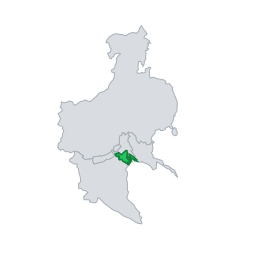 Bangladesh shown with its bordering countries, rotated 315°
{"feature_id": "BGD", "entity_name": "Bangladesh", "entity_type": "country or territory", "adm_level": 0, "iso_a3": "BGD", "parent_name": "Asia", "parent_adm1": "", "projection": "equal_earth", "projection_center": [90.497, 23.681], "detail": "fine", "context": "with_neighbors", "style": "filled", "palette": "green", "viewbox_px": 256, "rotation_deg": 315, "n_neighbors": 5, "source": "natural_earth", "source_scale": "50m", "svg_char_len": 9166}
<svg xmlns="http://www.w3.org/2000/svg" viewBox="0 0 256 256"><g transform="rotate(315 128 128)"><path d="M132.0,159.4L129.0,161.8L127.0,162.0L125.9,165.9L124.7,166.6L129.0,174.9L128.1,178.1L127.1,178.8L129.7,183.6L130.0,187.4L131.1,190.8L128.3,198.1L128.0,195.3L128.9,192.5L127.9,190.3L128.1,186.2L126.9,184.3L125.4,175.2L124.2,172.2L119.3,176.6L116.1,175.4L117.0,170.9L116.4,167.4L114.3,163.2L114.6,161.9L113.0,161.4L111.0,158.5L110.9,155.6L111.8,156.1L111.8,153.5L113.2,152.7L112.9,151.1L113.5,149.9L113.6,146.2L115.7,147.0L116.8,144.0L116.9,142.3L118.4,139.3L118.3,137.3L121.6,134.8L123.5,135.5L123.3,133.3L124.2,132.6L124.0,131.3L125.5,131.0L126.4,133.1L127.6,134.0L127.7,139.6L125.3,142.6L125.0,146.8L127.8,146.2L128.5,149.5L130.3,150.2L129.5,153.2L132.8,155.3L134.7,154.2L134.8,155.7L132.6,158.1L132.0,159.4Z" fill="#d9dde1" stroke="#a8b0b8" stroke-width="1"/><path d="M124.0,131.3L124.2,132.6L123.3,133.3L123.5,135.5L121.6,134.8L118.3,137.3L118.4,139.3L116.9,142.3L116.8,144.0L115.7,147.0L113.6,146.2L113.5,149.9L112.9,151.1L113.2,152.7L111.8,153.5L110.4,147.8L109.7,147.8L109.2,150.1L107.8,148.2L108.6,146.2L109.8,146.0L111.0,143.0L109.5,142.3L104.4,141.9L104.2,139.4L102.9,139.3L100.9,137.7L99.9,140.1L101.8,142.0L100.1,143.4L99.5,144.7L101.2,145.6L100.7,147.8L101.6,150.5L102.0,153.5L101.6,154.8L96.5,155.5L96.6,158.2L95.1,160.4L91.2,162.8L88.1,167.1L83.3,171.8L83.2,173.5L79.4,175.8L78.1,175.9L77.2,178.8L77.8,186.7L76.6,190.2L76.5,196.5L75.1,196.7L73.8,199.5L74.6,200.8L72.0,201.8L71.1,204.4L70.0,205.5L67.4,202.0L65.2,193.0L62.8,187.6L61.8,180.7L59.5,175.6L57.9,163.8L58.1,159.4L57.7,156.0L53.7,158.2L51.8,157.7L48.5,153.3L49.9,152.0L49.1,150.6L46.2,147.6L48.1,145.2L54.0,145.2L53.6,142.1L52.2,140.3L52.1,137.6L50.4,136.0L53.6,132.3L56.6,132.5L59.6,128.9L61.4,125.3L64.2,121.8L64.3,119.4L66.6,117.4L64.6,115.7L63.1,110.4L64.5,108.9L68.3,109.7L71.2,109.2L73.8,106.4L76.3,110.4L76.0,113.1L76.9,114.9L76.7,116.6L74.9,116.2L75.5,120.0L81.5,124.6L79.8,126.2L78.6,129.4L87.0,134.5L90.6,134.9L92.1,136.7L97.3,137.9L99.5,137.8L99.7,132.7L101.3,131.9L101.6,135.4L104.0,136.8L105.7,136.2L110.1,136.3L110.2,134.2L109.1,133.0L111.3,132.6L113.6,130.0L116.6,127.7L118.9,128.6L120.7,127.1L122.0,129.3L121.1,130.8L124.0,131.3Z" fill="#d9dde1" stroke="#a8b0b8" stroke-width="1"/><path d="M108.0,132.1L110.2,134.2L110.1,136.3L105.7,136.2L104.0,136.8L101.6,135.4L101.5,134.7L103.3,132.1L104.7,131.2L108.0,132.1Z" fill="#d9dde1" stroke="#a8b0b8" stroke-width="1"/><path d="M99.7,132.7L99.5,137.8L97.3,137.9L92.1,136.7L90.6,134.9L87.0,134.5L78.6,129.4L79.8,126.2L82.6,123.8L84.6,124.8L87.2,127.1L88.7,127.6L89.5,129.3L91.6,130.0L93.7,131.5L99.7,132.7Z" fill="#d9dde1" stroke="#a8b0b8" stroke-width="1"/><path d="M157.7,167.5L155.4,166.4L155.3,163.2L156.5,161.6L159.4,160.5L161.0,160.6L161.7,162.0L160.6,163.6L160.0,165.7L157.7,167.5ZM81.0,83.9L80.9,82.1L82.6,81.3L80.8,75.8L86.8,73.9L88.8,68.4L93.4,69.4L94.8,68.0L94.9,65.0L96.9,64.8L98.7,62.8L99.6,62.5L100.2,64.6L102.1,66.2L105.5,67.3L107.1,69.8L106.2,73.3L107.1,74.7L113.1,75.6L116.1,77.6L117.6,77.9L118.7,80.8L120.2,82.7L127.9,83.3L131.2,82.9L133.6,83.4L137.3,85.3L140.3,85.3L141.4,86.3L144.2,84.6L148.0,83.5L151.6,83.4L154.4,82.2L157.5,79.5L156.1,77.3L157.1,75.3L161.0,76.2L163.2,74.5L166.7,73.3L168.1,71.3L169.7,70.4L173.0,70.0L174.9,70.4L175.0,69.3L172.5,67.2L170.5,66.2L168.9,67.3L166.5,66.8L165.2,67.2L164.4,66.0L166.4,60.8L169.3,61.9L172.2,60.0L172.0,58.8L173.5,55.7L174.5,54.8L174.2,53.2L172.8,52.5L174.4,51.1L177.0,50.6L180.0,50.5L183.5,51.4L185.8,52.4L190.2,58.3L191.8,61.2L196.0,62.1L199.3,64.2L200.9,67.0L204.5,67.0L206.2,65.8L209.8,65.0L209.3,67.7L208.7,68.8L208.7,72.1L207.9,75.1L204.8,74.6L203.0,75.7L204.3,78.3L204.7,82.1L203.5,82.1L203.8,83.8L201.9,81.9L201.3,83.7L197.8,85.0L198.5,86.7L196.3,86.6L195.0,85.6L193.7,87.9L191.3,89.6L189.6,91.7L186.3,92.7L184.7,94.2L182.2,95.1L183.3,93.6L182.6,92.3L184.2,90.1L182.6,88.4L178.2,91.8L176.9,93.9L174.5,94.1L173.4,95.6L175.0,97.8L177.2,98.4L177.4,99.9L179.5,100.8L182.0,98.5L184.4,99.7L186.1,99.8L186.7,101.6L183.3,102.5L182.3,104.3L180.1,106.0L179.1,108.4L182.0,110.2L183.4,113.6L187.4,119.4L187.7,121.9L186.1,122.9L186.9,124.7L188.6,125.8L188.1,131.4L186.7,131.8L181.2,144.5L174.3,150.8L171.3,151.2L169.7,152.8L168.7,151.7L167.3,153.5L163.6,155.3L160.8,155.8L160.0,159.7L158.5,159.9L157.7,157.2L158.3,155.8L154.6,154.7L153.4,155.3L150.6,154.3L149.3,152.9L149.6,150.8L147.1,150.1L145.8,148.8L143.6,150.7L138.8,151.1L136.0,152.5L136.5,156.6L135.1,156.5L134.7,154.2L132.8,155.3L129.5,153.2L130.3,150.2L128.5,149.5L127.8,146.2L125.0,146.8L125.3,142.6L127.7,139.6L127.6,134.0L126.4,133.1L125.5,131.0L124.0,131.3L121.1,130.8L122.0,129.3L120.7,127.1L118.9,128.6L116.6,127.7L113.6,130.0L111.3,132.6L109.1,133.0L108.0,132.1L104.7,131.2L103.3,132.1L101.5,134.7L101.3,131.9L99.7,132.7L93.7,131.5L91.6,130.0L89.5,129.3L88.7,127.6L87.2,127.1L84.6,124.8L82.6,123.8L81.5,124.6L75.5,120.0L74.9,116.2L76.7,116.6L76.9,114.9L76.0,113.1L76.3,110.4L73.8,106.4L69.7,105.0L69.1,102.5L67.3,100.9L67.0,100.0L66.9,96.8L65.4,96.0L64.6,96.4L64.2,93.3L65.0,92.6L64.7,91.8L67.1,90.3L68.9,89.6L71.5,90.1L72.6,88.0L75.7,87.6L76.7,86.4L80.6,84.6L81.0,83.9Z" fill="#d9dde1" stroke="#a8b0b8" stroke-width="1"/><path d="M102.1,153.3L102.1,153.0L102.1,152.7L101.9,151.8L101.7,151.4L101.8,151.2L101.7,151.2L101.7,150.6L101.6,150.3L101.6,149.9L101.8,149.4L101.7,149.3L101.4,149.2L101.2,149.1L101.3,148.5L101.2,148.3L101.0,148.1L100.9,148.0L100.9,147.9L100.8,147.6L101.0,147.1L101.2,146.4L101.2,146.2L101.2,145.8L101.3,145.6L101.2,145.5L101.0,145.3L100.6,145.2L100.4,145.1L100.2,144.8L100.1,144.7L99.9,144.8L99.7,144.7L99.4,144.2L99.4,143.9L99.7,143.2L99.8,143.2L100.1,143.3L100.3,143.0L100.5,142.2L100.9,142.2L101.1,142.2L101.3,142.3L101.5,142.2L101.8,142.1L101.9,141.9L101.6,141.7L101.5,141.2L101.4,141.1L100.9,141.1L100.7,141.0L100.5,140.8L100.3,140.4L100.0,140.1L99.7,140.0L99.6,139.9L99.6,139.7L99.7,139.2L100.0,138.7L100.2,138.4L100.4,138.2L100.5,138.0L100.5,137.9L100.4,137.6L100.3,137.3L100.5,137.3L100.7,137.5L101.0,137.8L101.2,138.1L101.2,138.3L101.3,138.3L101.6,138.4L101.8,138.4L102.0,138.3L101.9,138.1L101.9,137.8L102.0,137.8L102.2,138.0L102.3,138.2L102.3,138.6L102.5,138.9L102.8,139.2L103.0,139.3L103.5,139.3L103.6,139.1L103.5,138.8L103.6,138.6L103.8,138.5L104.2,139.5L104.1,139.9L104.2,140.9L104.1,141.5L104.2,141.8L104.3,141.8L104.7,142.0L105.0,142.1L105.3,142.2L105.8,142.3L106.1,142.3L106.3,142.3L106.6,142.3L107.4,142.3L108.1,142.2L108.4,142.3L108.6,142.4L109.4,142.3L110.1,142.3L110.5,142.5L111.0,142.8L111.2,143.1L111.3,143.2L111.3,143.3L111.2,143.4L110.7,143.2L110.6,143.3L110.6,143.6L110.5,144.0L110.3,144.7L110.3,145.0L110.2,145.1L109.9,145.2L109.8,145.3L109.7,145.5L109.7,145.8L109.4,145.7L109.1,145.8L108.9,146.1L108.7,146.1L108.4,146.1L108.2,146.4L107.9,146.7L107.8,147.3L107.8,147.7L107.8,148.0L108.0,148.7L108.2,149.7L108.2,149.8L108.3,149.8L108.3,149.6L108.3,149.3L108.5,149.3L108.6,149.5L108.7,149.9L108.8,150.1L109.0,150.1L109.4,149.9L109.4,149.7L109.4,149.3L109.4,149.0L109.5,148.7L109.8,148.4L109.8,148.2L109.8,147.9L109.8,147.6L110.0,147.6L110.4,147.5L110.5,147.6L110.8,148.3L110.9,148.9L110.9,149.2L110.9,149.8L111.0,150.3L111.2,150.7L111.3,151.0L111.4,151.8L111.5,152.2L111.5,153.5L111.6,153.9L111.6,155.1L111.6,155.6L111.7,156.0L111.7,156.3L111.5,156.1L111.3,156.0L111.0,155.8L110.9,155.7L110.6,156.0L110.6,156.5L110.6,156.9L110.8,157.1L110.8,157.3L110.8,157.5L110.9,157.8L110.9,158.0L110.7,157.7L110.6,157.3L110.2,156.6L110.1,155.4L110.1,154.8L109.8,154.1L109.6,153.1L109.6,152.8L109.6,152.5L109.7,152.4L109.5,152.6L109.3,152.2L109.2,151.8L108.8,151.1L108.6,150.8L108.6,150.5L108.4,150.8L108.2,151.0L107.9,151.3L107.7,151.4L107.2,151.5L106.9,151.1L106.4,150.0L106.3,149.7L106.4,149.1L106.3,148.5L106.3,148.1L106.3,147.9L106.2,148.0L106.2,148.3L106.1,148.5L105.7,148.5L105.4,148.4L105.7,148.7L106.1,148.8L106.2,149.1L106.3,149.3L106.2,149.6L105.9,149.9L105.9,150.1L106.1,150.4L105.9,150.5L105.8,150.9L105.9,151.2L106.0,151.4L106.0,151.5L106.2,152.1L106.3,152.3L106.2,152.7L106.1,152.9L106.0,153.0L105.6,153.5L105.4,154.0L105.3,154.3L105.1,154.3L105.0,154.2L104.8,154.1L104.8,153.8L104.9,153.6L105.2,153.1L104.8,153.3L104.5,153.6L104.4,153.2L104.4,152.9L104.4,152.5L104.6,152.0L104.3,152.3L104.2,152.6L104.3,153.0L104.2,153.3L104.1,153.7L104.0,153.9L103.7,154.1L103.6,154.3L103.5,154.5L103.5,154.2L103.4,153.7L103.3,152.7L103.2,152.9L103.3,153.5L103.3,154.0L103.2,154.3L102.9,154.7L102.7,154.7L102.4,154.4L102.2,154.1L102.2,153.6L102.1,153.3ZM106.7,153.3L106.3,153.5L106.0,153.4L106.5,152.5L106.5,152.0L106.4,151.7L106.2,151.4L106.2,151.2L106.0,150.6L106.5,150.7L106.5,150.8L106.5,151.1L106.6,151.3L107.0,151.9L107.0,152.2L106.9,153.1L106.7,153.3ZM107.7,153.0L107.5,153.3L107.5,151.8L107.8,152.3L107.8,152.6L107.7,153.0ZM108.8,152.3L108.7,152.4L108.4,151.9L108.5,151.5L108.6,151.4L108.6,151.6L108.7,151.9L108.8,152.1L108.8,152.3ZM109.9,155.4L109.7,155.5L109.7,155.3L109.7,155.2L109.7,154.7L109.8,154.7L109.9,154.8L109.9,155.1L109.9,155.4ZM109.7,154.3L109.6,154.6L109.5,154.3L109.6,154.1L109.6,153.9L109.7,154.1L109.7,154.3ZM106.4,150.2L106.4,150.3L106.3,150.2L106.2,150.1L106.2,149.9L106.4,150.2Z" fill="#22c55e" stroke="#15803d" stroke-width="1.5"/></g></svg>